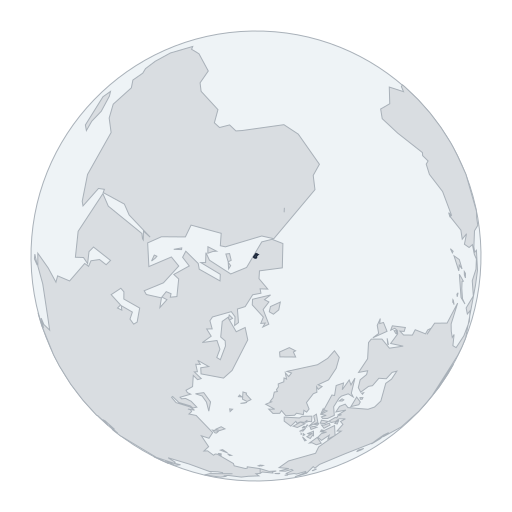 globe centered on Castellón, rotated 179°
{"feature_id": "ESP-5814", "entity_name": "Castellón", "entity_type": "Autonomous Community", "adm_level": 1, "iso_a3": "ESP", "parent_name": "Spain", "parent_adm1": "", "projection": "orthographic", "projection_center": [-0.258, 40.248], "detail": "fine", "context": "on_globe", "style": "filled", "palette": "slate", "viewbox_px": 512, "rotation_deg": 179, "n_neighbors": 0, "source": "natural_earth", "source_scale": "10m", "svg_char_len": 10549}
<svg xmlns="http://www.w3.org/2000/svg" viewBox="0 0 512 512"><g transform="rotate(179 256 256)"><circle cx="256" cy="256" r="225" fill="#eef3f6" stroke="#a8b0b8"/><path d="M59.5,366.1L56.9,361.2L52.5,352.1L44.7,334.1L34.8,297.0L34.7,290.4L33.7,282.8L37.1,277.4L38.0,261.3L37.3,256.0L35.5,257.9L34.8,237.8L37.0,223.3L47.8,170.4L51.7,161.4L56.1,153.0L81.8,114.1L60.4,144.4L66.2,134.7L75.0,122.0L87.8,106.8L96.0,97.8L113.8,82.5L132.1,73.0L126.4,77.1L131.5,74.8L138.9,69.8L142.6,67.1L170.2,56.8L196.1,46.5L200.8,42.8L202.5,44.4L209.2,37.9L221.0,34.5L209.7,38.8L210.2,39.7L219.2,37.3L221.7,37.8L227.5,37.1L229.5,38.1L222.8,41.1L224.0,42.0L230.4,40.3L236.5,40.7L226.9,42.9L236.6,44.0L227.1,50.5L199.9,57.7L196.6,64.1L173.9,79.4L178.0,79.6L172.0,86.2L174.4,89.1L169.5,91.6L175.7,91.8L179.7,89.0L183.8,88.2L185.6,89.8L179.7,93.1L177.9,92.8L177.1,94.7L173.3,95.8L176.2,96.1L168.8,100.4L178.8,98.7L175.1,104.2L169.4,106.3L166.7,102.8L146.7,100.8L140.1,102.9L133.7,108.8L128.5,126.4L122.6,130.5L117.2,138.4L121.9,137.3L127.9,131.0L135.3,131.6L141.8,124.3L145.7,123.7L153.7,118.0L156.0,122.6L154.0,130.4L147.5,135.5L146.4,139.3L155.5,137.8L146.2,151.3L145.0,167.5L142.2,170.9L131.5,170.7L124.2,161.5L110.4,163.3L122.9,166.2L115.7,175.6L116.0,179.1L118.5,181.3L122.6,179.5L120.9,183.8L107.9,181.9L109.2,178.0L113.4,178.4L109.8,174.4L101.0,174.2L98.1,179.5L87.9,175.2L85.6,179.1L82.2,180.7L86.4,174.6L78.6,185.7L66.1,185.6L55.2,205.4L62.1,184.6L62.1,177.4L61.2,171.1L59.3,174.1L60.7,162.9L57.5,160.9L49.6,172.5L43.8,187.0L42.9,197.6L45.7,194.3L46.8,200.4L39.4,212.2L40.2,227.5L36.3,238.9L35.7,249.2L37.7,253.9L39.4,263.6L42.8,260.8L47.4,264.1L45.1,274.6L49.5,269.2L50.7,278.3L61.2,292.0L59.8,293.3L68.3,317.2L81.2,334.6L84.2,344.9L82.3,348.0L87.6,353.4L87.8,356.5L112.2,376.4L127.4,391.1L128.8,400.8L119.6,405.9L119.8,422.6L105.6,417.7L107.7,422.9L106.5,424.5L104.0,422.3L91.2,409.6L79.5,396.0L68.9,381.4L59.5,366.1ZM51.7,210.9L53.0,234.2L49.1,227.2L50.4,227.1L50.8,219.8L50.3,209.6L47.9,204.3L51.7,210.9ZM59.3,207.1L58.8,203.9L59.7,206.3L59.3,207.1ZM143.9,66.0L138.8,69.7L131.2,74.3L135.1,71.1L143.9,66.0ZM158.8,58.6L157.1,60.2L151.6,61.7L154.3,60.3L158.8,58.6ZM203.7,40.4L199.1,42.0L202.7,40.4L203.7,40.4ZM227.9,36.8L228.4,36.3L231.2,36.3L227.9,36.8ZM151.9,115.9L152.7,116.9L150.8,117.4L151.9,115.9ZM154.5,112.6L151.6,112.5L152.4,110.9L154.2,111.0L154.5,112.6ZM236.9,37.9L241.2,38.2L235.7,38.3L236.9,37.9ZM157.8,113.2L154.3,108.2L155.8,105.5L163.7,103.8L157.8,113.2ZM243.0,38.7L253.5,39.9L255.6,38.6L255.6,43.3L246.7,40.4L239.5,40.7L243.4,39.7L243.0,38.7ZM180.2,87.4L176.0,90.5L177.8,86.6L180.2,87.4ZM180.4,85.1L180.1,75.1L187.3,71.8L185.9,75.6L193.8,70.5L197.3,73.7L193.8,77.2L188.5,78.7L193.9,78.9L180.4,85.1ZM254.0,45.9L255.5,46.8L252.6,46.5L254.0,45.9ZM185.6,87.6L184.9,85.7L191.0,82.6L193.5,85.9L190.7,85.8L185.6,87.6ZM194.1,67.7L199.0,66.2L203.3,68.3L205.8,68.1L198.0,73.5L194.1,67.7ZM190.2,87.3L194.6,87.7L193.4,90.7L186.6,89.3L190.2,87.3ZM191.5,80.5L194.6,79.3L193.7,81.0L191.5,80.5ZM191.5,102.1L190.5,99.6L193.6,97.7L191.5,102.1ZM196.3,87.6L196.7,86.6L197.8,85.6L200.3,86.5L196.3,87.6ZM201.6,74.8L202.3,76.1L205.0,72.6L208.3,74.4L202.5,77.8L206.4,77.0L207.4,77.6L201.6,79.8L201.6,74.8ZM206.3,84.7L200.0,90.1L201.1,95.1L198.4,96.8L197.1,88.6L206.3,84.7ZM204.0,81.6L204.8,83.9L201.0,84.7L198.1,83.7L204.0,81.6ZM212.7,74.4L209.1,70.8L210.5,70.3L212.7,74.4ZM207.3,85.9L208.8,84.6L207.8,86.2L207.3,85.9ZM211.9,77.7L210.4,76.4L212.0,75.8L211.9,77.7ZM213.0,83.2L211.0,84.9L208.9,84.1L213.0,83.2ZM213.1,80.5L215.6,79.9L209.4,82.9L212.2,80.0L213.1,80.5ZM213.6,77.3L214.1,76.5L214.0,77.9L213.6,77.3ZM221.8,85.2L214.4,89.1L210.0,87.4L217.7,83.8L221.8,85.2ZM403.0,85.3L399.7,82.5L401.3,84.2L397.3,81.2L405.8,89.2L400.5,85.2L409.7,93.8L412.2,95.1L406.6,89.2L416.9,99.0L418.2,99.6L431.6,114.9L443.6,131.2L454.0,148.6L454.2,148.8L459.7,159.8L460.3,161.1L471.5,190.3L471.6,190.7L473.4,196.9L474.9,203.0L474.1,199.5L469.7,187.9L471.9,197.7L469.3,191.2L463.6,185.5L465.4,199.5L469.7,231.8L474.3,249.7L474.1,262.6L464.0,247.7L456.5,233.3L454.7,239.6L442.8,234.3L427.4,251.5L423.6,248.6L421.1,254.1L412.5,255.2L406.0,249.9L401.5,254.1L418.3,267.8L422.9,263.3L424.5,251.3L428.5,257.5L436.6,257.9L433.4,283.8L408.0,321.0L402.8,308.4L369.7,280.5L369.2,275.4L369.0,274.9L368.4,274.0L368.1,282.9L361.5,276.7L382.1,299.2L386.7,310.2L407.7,322.1L406.4,325.3L412.3,326.3L428.1,309.1L428.8,313.7L423.0,340.5L398.7,382.0L400.4,396.5L396.1,410.3L377.7,426.3L376.0,434.1L366.0,440.8L363.2,445.3L353.3,452.5L338.0,460.5L315.6,466.6L316.8,463.8L309.5,459.2L300.5,441.8L308.9,430.1L308.0,421.6L291.5,403.0L295.3,389.9L290.2,385.1L280.1,387.5L273.9,381.4L267.5,381.7L225.8,386.8L211.6,377.1L191.0,346.6L197.4,335.6L195.9,321.3L237.9,273.0L249.9,275.9L286.4,265.7L291.5,266.9L290.4,279.3L320.4,288.0L326.3,276.3L350.2,276.9L364.1,271.0L363.3,247.3L340.6,256.5L333.4,247.3L349.0,230.8L368.4,223.2L366.3,219.4L351.3,215.8L353.0,206.1L345.8,213.9L350.8,216.6L346.4,221.9L341.6,219.8L342.4,216.3L335.8,216.8L333.7,234.4L338.5,239.0L322.9,247.2L329.4,256.0L326.1,262.0L313.9,249.5L313.0,243.8L292.4,231.7L292.0,238.3L311.3,250.4L306.5,250.3L306.0,260.2L302.6,252.6L281.6,238.5L265.6,244.7L250.0,270.0L239.7,272.4L228.9,268.0L229.9,243.7L252.8,241.1L253.4,233.3L244.8,222.7L252.5,223.1L251.7,218.7L260.0,217.3L267.7,205.6L275.5,203.3L274.7,189.7L278.6,186.9L278.0,195.6L281.7,200.8L300.6,195.8L303.2,192.1L301.1,183.9L306.6,183.9L302.2,176.6L311.2,170.4L296.5,172.2L293.7,163.5L297.0,155.2L293.5,152.9L288.1,166.5L288.3,171.7L292.7,175.6L290.9,191.2L285.2,195.1L277.1,180.6L268.1,184.7L265.7,172.3L281.9,142.0L290.6,134.5L313.0,139.1L313.2,145.2L305.2,146.3L316.1,152.7L313.6,148.6L318.1,148.8L316.6,141.3L319.7,141.2L312.9,134.4L316.6,133.4L320.8,137.7L321.7,126.5L328.3,123.0L327.0,120.6L323.7,119.0L334.4,116.1L332.9,114.5L328.9,114.8L323.4,111.9L317.8,105.9L321.8,105.2L324.3,107.3L335.7,110.9L341.8,117.0L342.9,116.2L338.5,110.8L324.7,106.3L320.2,102.9L326.8,104.2L324.1,103.4L323.1,101.6L325.8,99.2L318.6,97.6L302.4,80.2L306.2,74.6L313.8,77.2L306.7,66.2L311.5,61.9L307.8,62.0L301.9,57.5L300.3,58.7L298.1,58.5L282.2,48.9L281.5,46.6L270.4,43.7L268.5,44.0L268.4,45.4L255.6,43.3L255.6,38.6L259.9,38.3L256.9,36.1L267.3,35.9L274.5,35.2L287.6,37.1L292.1,36.8L290.4,36.1L295.3,35.5L311.3,38.0L305.9,39.2L283.3,38.7L293.2,38.9L293.2,40.0L298.1,40.9L304.9,41.3L304.3,40.6L326.6,49.2L347.4,55.8L340.4,51.2L341.6,50.2L359.2,56.4L392.9,77.5L394.7,78.5L403.0,85.3ZM227.1,299.2L226.8,303.7L227.1,299.2ZM391.7,226.1L401.5,219.9L392.3,209.4L395.4,206.4L391.1,204.2L391.6,208.7L380.6,202.1L383.1,195.1L379.5,190.0L376.0,192.0L373.2,206.0L388.9,215.3L388.7,222.5L391.7,226.1ZM61.6,292.3L62.6,296.0L60.7,293.8L61.6,292.3ZM47.0,230.4L48.0,233.6L48.0,236.8L46.9,235.0L47.0,230.4ZM59.6,255.7L61.5,259.9L58.8,257.3L59.6,255.7ZM53.5,237.6L58.0,252.7L52.8,248.9L50.2,239.5L52.9,243.4L53.5,237.6ZM55.5,211.7L55.8,214.3L54.6,215.7L55.5,211.7ZM59.9,208.9L59.5,208.3L60.1,205.8L59.9,208.9ZM116.5,175.7L117.5,176.0L119.2,178.9L117.0,178.9L116.5,175.7ZM136.0,184.5L132.8,191.3L133.5,186.3L129.7,187.3L126.3,178.4L140.6,172.2L134.7,176.4L136.0,184.5ZM125.8,165.5L126.3,171.4L125.2,165.3L125.8,165.5ZM239.6,197.5L243.7,200.0L242.4,205.2L232.5,209.5L234.2,201.7L239.6,197.5ZM249.8,202.4L244.4,187.6L250.4,184.9L248.0,188.8L252.4,188.5L249.7,194.8L260.6,207.2L260.2,212.8L242.1,216.8L248.3,212.2L243.9,209.8L249.8,202.4ZM220.3,159.4L218.1,154.3L233.8,154.7L234.1,159.6L224.3,163.8L218.1,160.5L220.3,159.4ZM172.5,111.7L170.7,110.6L172.3,109.5L175.3,109.6L172.5,111.7ZM190.8,101.1L182.5,115.7L179.9,115.1L178.1,125.1L170.7,127.5L172.1,120.8L165.0,130.4L163.3,125.4L159.2,132.2L163.1,117.1L161.3,113.4L166.2,116.6L173.1,114.4L175.5,112.3L181.0,103.9L180.5,95.3L187.3,92.3L192.2,92.4L193.4,94.0L188.6,95.4L193.6,96.5L187.6,99.8L190.8,101.1ZM246.0,102.7L240.0,102.5L248.9,107.6L243.0,109.9L244.4,110.4L241.4,114.1L240.1,119.6L237.0,120.1L237.9,122.0L235.9,124.7L236.0,127.7L230.4,129.7L230.1,133.6L227.6,132.4L228.7,138.6L225.4,134.9L222.5,138.4L227.2,140.1L196.4,146.2L186.1,152.4L179.2,159.9L174.5,153.2L177.8,142.3L185.6,130.9L196.2,126.2L192.2,124.3L196.0,121.6L197.7,124.2L197.5,118.7L201.1,117.3L208.1,108.6L205.6,102.1L208.1,99.0L210.8,100.9L211.4,96.6L218.3,98.1L220.2,96.1L229.0,95.8L233.2,101.0L235.0,98.3L241.8,98.3L246.0,102.7ZM224.2,85.3L230.7,90.4L230.6,94.4L215.4,93.3L212.7,94.9L202.9,94.9L203.3,89.3L206.1,89.7L208.8,88.9L207.6,91.0L210.6,88.8L214.5,89.4L217.9,88.0L219.1,90.0L224.2,85.3ZM295.3,261.5L298.9,261.3L304.1,259.6L303.9,266.1L295.3,261.5ZM280.9,252.1L283.9,250.7L286.1,258.5L282.4,258.9L280.9,252.1ZM283.6,243.6L283.9,250.1L281.5,246.8L283.6,243.6ZM280.5,194.1L283.5,192.5L284.5,194.2L283.8,197.5L280.5,194.1ZM271.4,120.3L267.9,119.1L268.3,117.9L263.5,112.5L267.5,110.7L272.0,113.1L271.4,120.3ZM360.5,252.8L357.7,258.7L355.1,257.5L356.6,255.7L360.5,252.8ZM330.3,263.7L338.1,264.1L330.1,265.4L330.3,263.7ZM274.9,117.3L272.5,115.3L276.0,115.7L274.9,117.3ZM270.2,109.1L274.1,108.9L267.5,109.8L270.2,109.1ZM424.3,390.0L406.2,417.9L398.6,423.1L399.8,418.4L408.2,403.4L417.9,393.6L423.4,384.4L424.3,390.0ZM474.9,250.6L477.6,257.0L477.1,261.7L474.9,250.6ZM305.9,101.7L308.1,110.9L312.3,117.0L318.9,119.3L310.6,120.3L304.0,110.9L305.9,101.7ZM302.5,82.7L296.7,81.3L298.5,79.7L300.0,79.8L302.5,82.7ZM299.5,83.4L293.8,85.9L290.1,83.7L295.3,82.1L299.5,83.4ZM284.6,100.9L285.0,103.6L282.1,103.2L284.6,100.9ZM361.6,57.0L352.6,52.7L347.0,49.9L347.1,50.0L361.6,57.0ZM348.3,50.7L350.6,52.0L339.0,49.6L335.1,48.6L341.0,48.1L343.5,49.4L347.3,50.7L348.3,50.7ZM257.3,46.2L255.7,46.8L255.7,45.8L257.3,46.2ZM297.3,59.3L294.3,58.8L294.4,57.4L297.3,59.3ZM285.9,56.9L287.9,58.8L284.1,57.1L285.9,56.9ZM292.8,63.0L287.9,59.6L294.9,62.5L292.8,63.0Z" fill="#d9dde1" stroke="#a8b0b8" stroke-width="1"/><path d="M258.3,254.9L258.3,255.1L258.2,255.1L258.1,255.3L257.8,255.8L257.7,256.0L257.4,256.3L257.2,256.7L257.0,256.8L256.9,257.0L256.7,257.4L256.5,257.6L256.2,258.1L255.8,257.8L255.7,257.8L255.5,258.0L255.4,258.1L255.2,257.8L255.0,258.0L254.9,258.0L254.8,257.9L254.8,257.6L254.7,257.6L254.4,257.5L254.4,257.4L254.3,257.2L254.2,257.2L254.3,257.1L254.5,256.9L254.9,256.7L255.0,256.5L255.0,256.4L255.1,256.2L255.3,256.1L255.6,256.0L255.6,255.9L255.7,255.7L255.8,255.6L255.9,255.4L255.8,255.2L256.0,255.1L255.9,255.1L255.9,254.9L255.9,254.7L255.7,254.6L255.6,254.4L255.8,254.3L256.1,254.2L256.2,253.9L256.3,253.9L256.4,254.0L256.5,254.1L256.8,254.1L257.0,254.2L257.3,254.1L257.5,254.2L257.6,254.3L257.6,254.5L257.9,254.6L258.0,254.6L258.1,254.8L258.3,254.9L258.3,254.9Z" fill="#64748b" stroke="#1e293b" stroke-width="1.5"/></g></svg>